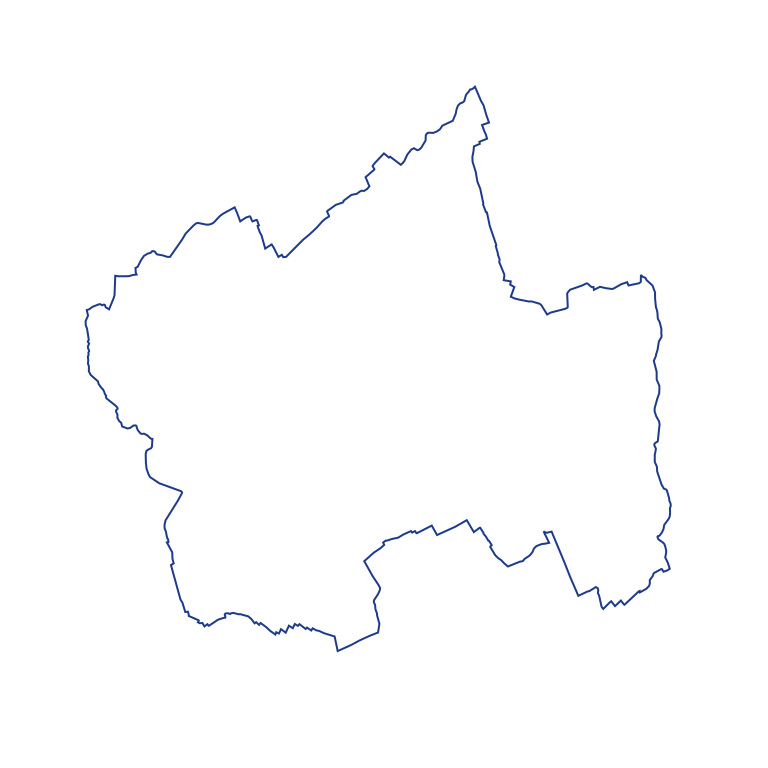 the district of Bang Phae, Ratchaburi, Thailand, rotated 347°
{"feature_id": "78962969B38783163957938", "entity_name": "Bang Phae", "entity_type": "district", "adm_level": 2, "iso_a3": "THA", "parent_name": "Thailand", "parent_adm1": "Ratchaburi", "projection": "natural_earth1", "projection_center": [99.976, 13.683], "detail": "fine", "context": "isolated", "style": "outline", "palette": "blue", "viewbox_px": 768, "rotation_deg": 347, "n_neighbors": 0, "source": "geoboundaries", "source_scale": "gbopen_adm2", "svg_char_len": 6165}
<svg xmlns="http://www.w3.org/2000/svg" viewBox="0 0 768 768"><g transform="rotate(347 384 384)"><path d="M641.5,471.7L642.3,468.4L647.1,459.6L650.1,454.9L651.4,450.0L651.9,447.7L650.7,441.0L652.4,433.4L652.1,422.1L655.1,418.1L656.1,415.8L658.2,412.3L661.4,404.4L664.8,400.8L665.4,399.3L665.5,397.4L666.7,392.5L666.5,385.6L665.5,381.9L666.5,375.6L666.5,371.7L666.2,371.1L666.5,368.2L667.4,361.5L668.7,355.7L667.8,348.5L663.2,341.8L662.6,339.4L660.2,337.7L659.3,336.2L658.7,336.2L657.2,342.3L655.4,343.2L644.4,343.0L643.8,339.5L637.8,340.1L629.0,342.7L627.5,342.7L621.9,340.6L616.3,337.9L609.7,339.5L609.9,336.6L608.3,336.4L606.9,334.8L605.1,332.1L604.2,331.6L603.5,331.6L599.2,332.6L586.5,334.0L583.4,336.3L582.8,337.2L580.4,350.2L579.9,350.9L577.5,351.5L562.4,351.9L558.6,353.0L555.0,342.5L553.7,340.8L546.5,336.8L543.5,336.1L534.5,332.1L530.3,329.9L527.2,327.5L532.8,318.8L529.3,315.6L530.6,312.5L524.0,309.8L525.7,305.3L525.8,304.0L523.7,291.2L524.7,288.5L524.1,283.9L524.3,281.3L523.9,274.7L524.7,274.0L522.6,253.9L522.9,240.0L522.0,239.5L520.9,231.4L521.4,230.4L521.7,215.5L520.5,207.7L521.1,198.0L520.3,187.5L521.2,182.6L523.5,177.5L525.1,172.7L531.3,171.6L531.5,169.4L539.6,168.2L539.4,163.8L538.6,160.3L537.8,153.7L545.1,152.9L544.2,144.7L543.7,134.9L542.2,130.0L539.5,114.8L537.3,116.1L535.2,116.6L534.1,116.4L532.0,118.5L530.9,119.1L528.9,120.8L525.8,126.4L524.0,127.4L521.3,127.7L518.6,129.5L516.5,132.7L514.5,137.1L510.2,143.0L499.0,145.4L495.7,148.5L492.0,149.9L488.4,150.4L484.1,149.2L482.6,149.3L480.7,150.9L479.3,156.1L473.4,162.2L471.0,163.5L469.6,163.7L468.6,163.3L466.2,161.0L463.4,161.7L458.3,165.7L454.1,171.2L452.0,172.9L449.7,174.2L441.1,163.9L439.8,164.5L435.8,159.3L424.8,166.6L422.1,168.8L421.9,169.4L423.0,172.5L422.8,172.9L412.6,178.3L414.2,188.1L411.6,190.1L408.1,191.4L405.8,190.7L404.4,190.8L400.1,192.6L394.8,192.4L385.9,196.3L385.5,197.3L384.6,197.9L377.3,198.6L367.6,202.7L367.3,203.4L368.3,208.0L368.1,208.4L363.8,209.9L360.4,211.7L353.8,216.4L345.6,221.2L337.3,225.4L317.0,238.2L314.4,237.7L313.5,235.1L309.7,236.4L307.2,226.3L305.9,222.7L298.7,225.3L298.1,211.7L297.1,208.2L296.4,202.8L296.4,201.5L297.8,201.3L297.1,195.7L296.3,195.4L292.5,196.0L292.1,195.1L291.3,190.7L290.8,190.4L286.8,190.8L280.5,193.2L279.3,183.9L278.2,178.3L265.3,181.9L261.6,183.6L254.6,188.3L252.3,189.1L249.4,189.3L246.9,188.8L238.9,185.2L237.1,185.2L233.7,186.9L224.7,192.7L219.4,198.2L204.1,212.0L201.3,211.3L197.5,209.0L192.1,206.7L191.5,206.0L190.6,203.6L189.5,202.8L188.1,202.4L186.3,203.6L182.7,203.9L178.9,205.2L174.9,208.9L170.4,214.4L168.0,215.0L167.2,219.5L167.5,221.7L164.3,221.3L159.3,221.5L149.4,219.3L146.5,218.1L141.4,236.9L139.7,239.8L132.9,249.4L130.1,246.6L129.8,244.2L129.0,243.6L127.0,243.9L125.7,242.5L124.2,242.2L117.5,243.2L113.4,244.9L111.0,245.1L111.0,250.8L107.4,255.6L106.6,259.5L107.1,263.3L106.3,274.5L104.9,276.1L105.8,278.2L103.8,281.1L103.7,282.5L104.2,285.4L103.0,287.0L102.7,289.2L101.6,290.7L101.2,294.3L100.1,297.7L100.5,300.2L99.3,305.2L100.3,309.3L105.9,317.1L105.9,319.6L107.8,324.3L108.7,325.5L109.5,328.0L109.9,331.4L110.6,332.8L110.1,334.0L110.4,335.7L117.8,345.0L118.9,347.0L118.9,348.2L117.1,349.3L116.8,349.7L116.8,351.1L117.4,354.0L116.6,357.0L117.6,360.5L119.2,362.7L119.3,366.5L124.2,369.7L127.0,369.6L130.5,368.1L132.8,368.5L133.4,369.4L133.3,371.2L133.8,373.7L135.6,377.4L136.7,378.1L139.1,378.5L141.8,380.8L144.2,384.4L145.2,385.2L146.0,385.4L143.8,392.9L142.5,394.2L139.4,394.9L137.4,395.8L136.0,398.8L134.2,407.6L133.6,413.2L134.2,418.7L135.1,422.1L142.6,430.1L162.3,442.9L162.8,444.1L162.8,444.6L157.1,451.1L140.5,467.7L138.6,471.5L137.8,474.9L138.3,479.1L138.1,483.3L138.2,486.0L138.6,486.5L138.5,489.3L138.4,489.5L136.8,489.5L139.8,500.4L138.6,506.5L138.7,511.5L135.7,512.5L137.2,548.1L138.4,551.8L139.1,561.5L141.7,561.7L141.9,564.4L141.6,566.1L150.2,572.5L150.3,573.0L149.1,574.3L150.7,575.7L153.3,576.0L154.5,579.8L157.9,578.3L158.7,580.1L159.0,580.2L169.3,576.3L175.2,575.8L176.7,576.0L177.1,575.2L176.9,572.9L177.7,572.0L180.3,572.2L182.3,573.5L183.6,573.0L185.6,573.1L190.8,575.8L191.9,575.8L199.5,579.9L201.9,583.2L204.1,588.1L205.8,587.3L208.1,590.6L210.0,589.1L214.7,594.6L217.3,598.6L221.8,603.7L223.1,601.6L225.5,603.5L228.5,599.7L232.3,604.2L237.0,598.1L240.2,601.4L243.1,597.8L245.7,600.3L247.6,599.0L252.6,605.1L254.1,604.0L257.7,607.8L259.5,606.0L262.6,608.8L265.1,609.9L269.5,613.3L279.1,618.9L278.8,633.8L293.2,630.9L302.9,628.3L313.0,626.2L322.3,624.8L325.6,616.6L325.2,608.4L325.5,605.7L325.0,601.7L325.6,597.3L325.0,594.0L325.8,592.3L331.0,587.3L333.1,584.6L334.0,582.9L334.3,581.7L333.3,578.2L329.8,568.9L324.9,552.2L336.2,546.0L343.6,543.2L348.0,540.8L347.5,538.3L350.3,537.0L351.6,537.3L356.5,536.8L363.2,536.9L369.4,534.9L377.2,533.4L378.0,535.1L381.1,534.3L382.0,536.5L382.4,536.8L398.7,532.7L401.7,543.1L421.4,539.1L434.0,535.3L438.2,548.5L444.9,545.6L445.4,545.7L447.4,551.3L447.3,552.3L449.0,555.6L450.3,559.9L451.0,560.3L452.7,565.2L451.0,566.3L450.9,566.7L453.9,575.9L456.2,579.5L458.5,581.9L460.6,585.5L463.7,589.7L476.2,587.7L479.4,587.8L481.7,586.0L486.6,584.2L488.5,583.1L491.0,581.0L493.1,578.0L496.1,576.2L502.1,575.4L504.4,575.8L509.2,575.9L506.5,564.3L506.9,564.1L508.5,565.3L509.4,565.6L514.1,565.5L519.5,597.3L522.0,614.0L525.7,634.1L535.8,631.9L537.2,632.1L544.8,629.5L546.4,631.2L546.4,633.1L545.4,635.9L546.0,638.6L545.9,650.0L547.0,652.5L554.5,647.8L556.5,646.8L559.1,652.4L566.1,648.3L568.2,652.8L568.7,653.2L585.7,643.3L586.4,643.2L586.0,644.4L586.2,644.7L593.4,642.6L596.9,640.4L598.1,638.3L598.9,634.8L602.5,631.7L603.9,629.5L604.9,628.8L612.6,626.7L613.2,627.0L614.1,629.8L618.3,629.3L620.9,628.3L620.3,621.8L619.0,616.3L621.0,611.8L621.5,609.7L621.5,605.8L621.1,602.8L619.8,600.8L616.5,597.2L616.0,594.6L616.5,593.9L618.3,593.8L621.5,591.1L623.7,588.2L625.3,584.4L631.5,579.0L632.7,577.1L633.7,574.2L634.6,569.6L636.1,566.9L636.3,564.6L635.8,562.3L636.1,559.2L635.7,551.3L635.2,550.3L633.1,548.8L631.8,544.3L630.5,530.8L631.3,525.8L630.3,520.9L631.8,514.2L633.7,510.0L634.4,507.9L633.7,505.3L633.8,503.5L634.7,502.6L637.6,501.6L638.0,501.1L643.5,485.1L643.6,482.3L642.0,476.8L641.5,471.7Z" fill="none" stroke="#1e3a8a" stroke-width="2"/></g></svg>